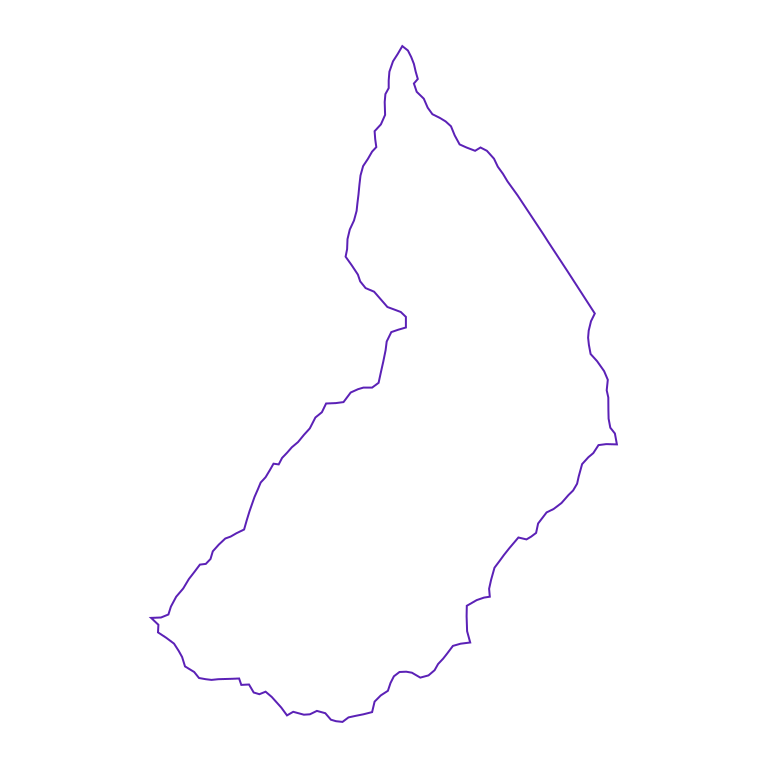 Parapuã, São Paulo, Brazil
{"feature_id": "56859067B12520903769372", "entity_name": "Parapuã", "entity_type": "district", "adm_level": 2, "iso_a3": "BRA", "parent_name": "Brazil", "parent_adm1": "São Paulo", "projection": "equal_earth", "projection_center": [-50.833, -21.829], "detail": "fine", "context": "isolated", "style": "outline", "palette": "violet", "viewbox_px": 768, "rotation_deg": 0, "n_neighbors": 0, "source": "geoboundaries", "source_scale": "gbopen_adm2", "svg_char_len": 2620}
<svg xmlns="http://www.w3.org/2000/svg" viewBox="0 0 768 768"><path d="M561.5,503.0L568.5,495.0L573.1,490.5L577.1,483.7L578.7,476.5L582.1,464.1L588.4,457.2L593.3,453.1L598.5,445.1L606.3,444.1L616.9,444.4L614.9,433.5L610.3,427.7L608.6,418.7L608.4,409.9L608.3,397.5L606.7,390.3L607.8,379.8L604.1,371.1L597.1,361.2L590.6,354.0L588.9,344.9L588.1,337.7L588.7,330.6L591.0,321.2L594.8,313.5L567.2,270.8L548.6,242.5L543.5,234.5L517.6,195.4L507.5,181.4L503.0,173.9L497.8,166.7L494.0,158.7L486.9,150.8L480.5,147.5L475.1,150.8L466.5,147.5L459.6,144.4L454.7,135.4L451.0,126.3L445.6,121.4L439.8,117.9L432.4,114.2L427.7,107.7L423.8,98.7L416.7,91.8L413.9,83.5L417.8,79.0L415.7,71.7L413.9,63.9L411.2,57.0L407.9,50.5L402.3,46.1L397.7,54.0L393.0,61.3L389.4,71.7L388.7,80.4L388.7,88.1L385.4,94.1L384.7,102.0L385.1,114.9L380.9,124.4L374.6,131.2L375.2,139.1L376.3,147.1L372.1,151.6L367.9,158.9L363.1,166.1L360.5,175.5L359.4,185.0L358.5,194.4L357.4,203.4L356.6,210.9L354.0,220.5L349.8,229.5L347.5,239.1L347.1,249.2L345.6,256.7L351.6,265.1L357.9,274.6L360.2,281.4L365.6,288.1L374.1,291.7L380.9,299.5L387.4,307.0L393.9,309.4L400.8,312.0L405.9,316.9L405.9,327.5L398.3,329.7L391.3,332.1L386.7,341.5L385.6,350.2L383.3,361.5L380.9,372.2L378.6,382.8L372.1,387.6L363.4,387.6L358.0,389.2L350.7,392.5L343.5,402.1L335.7,403.1L326.1,403.5L321.9,412.2L315.4,417.5L309.8,428.4L303.9,434.9L298.0,442.1L291.8,447.3L287.0,452.8L282.1,457.9L278.7,464.4L273.5,463.7L270.1,469.7L265.6,477.2L260.7,482.5L258.0,489.0L254.5,497.0L249.5,511.3L246.7,520.4L244.1,529.5L236.5,533.2L230.6,536.6L225.3,538.5L218.8,544.6L212.8,551.3L210.5,559.0L205.8,563.9L199.9,564.6L194.8,571.4L188.9,579.0L183.2,588.5L176.2,596.7L170.9,606.6L168.4,614.5L161.0,617.5L151.1,617.9L158.4,624.8L158.0,632.4L166.1,637.7L174.0,643.6L178.7,650.9L182.1,657.0L185.0,666.4L194.2,672.0L199.0,678.0L205.7,679.2L211.5,679.9L218.3,679.2L232.0,678.8L239.1,678.5L241.3,684.9L249.0,684.5L253.7,692.5L259.4,694.2L265.6,691.7L271.7,696.9L281.3,707.6L287.0,715.4L293.2,711.8L303.9,714.7L309.9,714.3L316.9,710.9L325.3,713.2L330.9,719.7L336.0,721.2L342.5,721.9L348.5,717.4L355.4,715.9L363.4,714.3L372.1,712.1L374.6,701.6L380.8,695.4L387.9,690.8L390.5,683.0L393.9,676.3L399.5,672.0L406.2,671.7L411.9,672.7L420.3,677.6L428.5,675.4L434.6,670.2L438.1,664.0L443.1,658.7L447.1,653.6L452.9,645.9L460.6,643.7L470.2,642.5L467.1,631.2L466.6,616.2L466.8,605.8L476.7,600.1L484.0,597.6L489.8,596.7L489.1,588.8L491.1,579.8L494.5,567.7L499.7,560.8L504.0,554.9L509.4,548.1L518.4,537.5L526.5,539.4L531.2,536.6L536.1,532.9L538.1,523.5L546.6,512.4L553.6,509.0L561.5,503.0Z" fill="none" stroke="#5b21b6" stroke-width="2"/></svg>